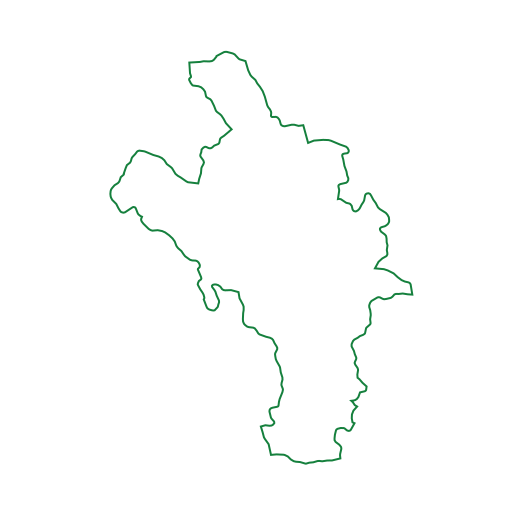 the border of Nišavski, rotated 204°
{"feature_id": "SRB-830", "entity_name": "Nišavski", "entity_type": "District", "adm_level": 1, "iso_a3": "SRB", "parent_name": "Republic of Serbia", "parent_adm1": "", "projection": "equal_earth", "projection_center": [21.87, 43.429], "detail": "fine", "context": "isolated", "style": "outline", "palette": "green", "viewbox_px": 512, "rotation_deg": 204, "n_neighbors": 0, "source": "natural_earth", "source_scale": "10m", "svg_char_len": 6137}
<svg xmlns="http://www.w3.org/2000/svg" viewBox="0 0 512 512"><g transform="rotate(204 256 256)"><path d="M106.1,293.9L104.9,293.9L103.9,293.5L103.1,292.8L97.5,284.3L101.9,282.7L106.7,281.4L110.3,279.3L112.7,278.3L113.9,277.2L114.8,274.3L115.8,272.6L119.6,269.7L121.4,268.6L122.9,268.4L126.0,268.6L127.5,268.1L128.3,267.4L132.2,261.9L132.7,259.9L132.6,257.8L132.4,256.7L131.7,255.3L129.6,252.9L127.8,250.0L127.1,248.6L126.0,244.6L124.3,241.8L123.9,240.9L123.9,240.0L126.0,235.4L126.0,234.5L125.0,229.9L125.1,229.1L126.1,227.5L128.5,225.1L129.8,222.7L132.2,219.6L132.8,217.8L132.8,214.6L132.5,213.6L131.8,212.2L127.9,209.1L125.8,206.5L123.2,204.1L122.7,203.2L122.5,202.2L122.6,200.0L122.4,198.4L121.1,197.1L117.8,195.1L116.7,193.9L116.3,193.1L115.2,188.9L113.7,186.1L111.4,185.5L107.2,183.5L101.9,181.8L100.9,178.3L101.1,177.4L101.6,176.7L105.5,173.7L105.1,168.9L105.7,166.4L106.8,164.7L108.2,163.6L110.0,162.5L108.0,161.8L105.2,160.0L102.4,159.6L104.1,154.4L103.9,150.3L102.5,146.7L100.2,143.3L98.0,143.3L98.7,135.7L99.3,134.5L100.5,133.8L102.1,133.7L104.8,134.5L105.8,134.5L108.7,133.3L111.2,131.3L111.9,130.2L112.0,129.2L111.2,124.8L110.1,121.4L109.3,119.7L107.6,118.5L103.2,117.5L101.0,116.4L100.4,115.9L99.6,114.5L98.6,109.3L98.1,108.0L96.6,105.4L103.3,100.2L107.8,98.1L112.0,95.4L114.9,94.5L116.4,93.7L119.8,90.8L123.2,88.9L125.9,86.6L126.6,86.4L131.9,85.7L135.9,84.3L138.1,83.9L141.4,84.3L145.4,85.8L148.8,85.9L149.9,85.7L156.6,83.1L161.4,80.4L167.9,89.2L173.5,92.5L175.0,93.6L178.2,97.6L182.2,102.2L178.6,105.2L174.6,106.4L172.9,107.4L172.0,108.5L171.3,110.6L171.8,111.7L172.3,112.2L175.6,113.7L176.6,114.4L180.4,119.3L180.9,120.7L180.9,121.7L180.3,123.1L179.1,124.2L175.6,126.7L174.9,127.3L174.6,127.9L174.6,128.5L175.7,132.1L176.2,134.9L176.5,142.4L177.0,144.8L177.6,145.7L180.1,148.2L180.5,148.9L181.0,150.6L181.5,153.8L182.5,155.8L186.0,159.7L188.6,163.8L189.4,164.7L194.4,168.4L196.0,169.9L197.7,172.4L198.7,174.1L198.9,175.1L198.7,179.4L199.2,180.7L200.4,181.8L203.6,183.9L206.2,186.2L207.8,186.9L210.0,187.0L214.0,186.3L220.9,185.8L222.4,186.2L225.0,188.0L227.7,189.4L229.4,189.4L233.6,188.1L235.3,187.9L237.8,188.5L239.4,189.2L241.1,190.8L242.3,193.0L244.5,198.6L245.3,201.6L246.7,204.7L248.1,206.2L253.8,210.6L257.3,215.9L264.9,214.7L270.0,212.2L271.7,211.7L273.4,211.9L276.1,213.5L278.8,214.0L281.0,213.7L282.4,213.1L283.6,212.2L284.0,211.4L284.1,210.8L283.4,209.8L280.3,208.1L278.6,206.9L275.8,203.8L272.0,200.5L271.5,199.9L270.9,198.6L270.7,196.5L270.3,194.5L270.3,193.6L271.7,189.6L272.5,189.0L274.0,188.5L276.8,188.1L278.0,188.2L279.2,188.5L280.5,189.5L286.1,195.1L286.0,196.1L286.4,197.2L288.2,199.4L290.0,200.8L293.4,202.9L297.0,205.7L297.7,206.4L298.0,207.7L298.0,209.9L296.8,212.1L296.7,213.0L297.5,214.3L303.6,220.0L303.8,220.7L303.0,222.8L303.3,224.2L304.0,225.3L305.8,226.7L307.4,227.3L309.1,227.3L312.5,226.0L314.7,225.7L320.6,226.9L322.7,228.0L326.2,230.2L330.2,231.4L331.6,232.1L333.0,233.0L336.1,236.2L339.4,238.1L343.8,239.6L348.6,240.6L351.9,240.6L356.3,239.6L361.0,237.0L362.9,236.8L365.1,237.1L372.0,239.7L374.4,241.0L375.6,242.2L376.0,243.1L376.1,245.5L377.8,245.5L380.4,246.2L381.4,246.9L385.4,250.8L386.3,251.2L387.7,251.0L388.5,250.4L393.4,242.7L394.6,241.7L395.4,241.5L397.0,241.3L398.1,241.7L401.0,243.6L404.8,246.7L410.2,248.8L412.0,250.2L413.0,251.3L414.3,253.5L415.2,256.2L415.4,257.8L415.1,259.5L414.0,263.1L411.8,266.4L411.3,267.9L411.2,269.0L411.6,273.0L410.0,276.4L410.0,277.3L410.3,277.5L410.8,283.2L410.9,286.5L409.0,290.1L408.9,292.0L409.3,294.3L409.3,295.3L409.1,296.3L407.8,300.0L407.1,303.0L406.7,303.7L405.5,304.8L401.0,306.1L399.6,306.3L390.9,306.5L385.4,307.3L381.9,307.2L378.7,306.2L374.9,303.7L370.0,302.6L368.3,302.0L363.0,298.3L360.2,297.5L356.7,297.1L350.0,295.8L348.2,295.7L338.3,298.8L339.3,303.5L339.9,309.1L341.6,314.0L341.7,315.1L341.4,318.4L341.6,320.3L343.0,321.9L347.0,324.2L347.7,324.9L348.1,326.2L348.2,328.4L349.0,331.2L348.1,333.7L346.9,335.1L345.7,335.4L343.3,335.3L342.3,335.5L341.1,336.1L340.1,337.4L339.1,339.8L336.0,343.0L335.7,343.8L335.6,344.7L336.4,348.1L336.3,349.0L335.9,350.0L334.1,352.8L329.8,361.8L337.5,365.1L341.5,368.2L344.8,370.3L346.9,371.0L350.1,371.7L351.7,372.4L355.4,376.1L359.7,379.7L361.5,380.6L364.7,380.8L366.0,381.1L366.7,381.7L369.4,385.4L371.9,386.9L374.7,387.8L377.6,387.7L382.9,386.1L383.9,386.3L385.9,387.4L388.6,389.6L389.0,390.3L389.0,391.0L388.2,393.0L388.3,393.3L388.7,394.0L390.6,396.1L395.6,405.6L386.1,410.5L383.1,412.6L377.9,414.7L375.8,416.0L375.2,416.6L374.3,418.1L373.3,421.8L373.4,422.6L368.3,429.1L367.3,429.9L365.7,430.6L359.6,431.6L357.5,431.5L352.1,429.2L351.0,429.0L344.9,429.8L338.7,422.5L334.8,419.1L332.9,418.1L328.2,416.6L325.1,414.2L321.1,412.1L316.9,409.3L312.7,405.1L307.0,398.2L305.4,396.9L302.9,395.6L301.1,394.1L300.3,392.9L299.4,390.3L298.9,389.7L297.9,389.5L294.4,391.2L292.7,391.3L290.9,390.5L289.4,389.4L287.3,386.8L286.5,386.1L285.9,385.8L284.1,385.7L282.5,386.2L276.7,390.5L274.3,391.5L270.0,392.2L266.0,394.7L254.4,380.5L250.0,385.0L241.9,389.4L236.9,391.4L234.4,391.8L224.6,392.0L218.2,392.5L216.3,391.9L214.5,390.5L213.9,389.6L213.8,388.6L214.0,387.7L214.5,387.0L217.1,385.4L218.2,384.3L218.3,383.7L218.0,382.6L215.5,379.6L211.8,374.2L207.7,370.0L205.4,366.6L203.3,364.6L202.6,362.8L202.7,360.9L203.4,359.6L208.3,355.9L209.2,354.6L209.3,353.8L208.9,352.9L207.1,350.5L206.5,349.3L204.3,341.3L203.3,342.0L201.5,342.4L195.2,341.3L192.0,341.9L191.0,341.8L189.0,340.8L186.7,337.8L185.8,337.2L184.8,336.9L183.4,337.1L182.6,337.6L181.5,339.1L180.8,340.9L180.6,342.2L180.4,346.0L179.9,348.7L179.8,350.7L181.0,355.8L180.9,357.1L180.1,358.2L178.7,359.1L177.1,359.1L175.5,358.1L171.7,355.1L168.2,353.1L164.3,350.0L162.0,349.2L155.0,348.2L152.8,347.2L150.4,345.4L149.0,343.0L148.4,341.6L148.3,340.6L148.6,338.6L149.8,336.4L150.5,335.5L152.7,333.7L153.6,332.7L153.9,331.5L153.5,330.6L152.8,329.9L151.6,329.1L147.2,328.1L145.6,327.4L145.1,326.9L143.8,325.0L142.2,321.7L140.2,319.2L138.9,314.6L137.2,312.1L136.6,310.7L136.8,309.0L139.6,305.2L141.7,300.5L142.3,293.1L133.8,296.0L129.8,296.4L123.2,296.1L118.0,294.3L113.2,293.2L109.7,293.2L106.1,293.9Z" fill="none" stroke="#15803d" stroke-width="2"/></g></svg>